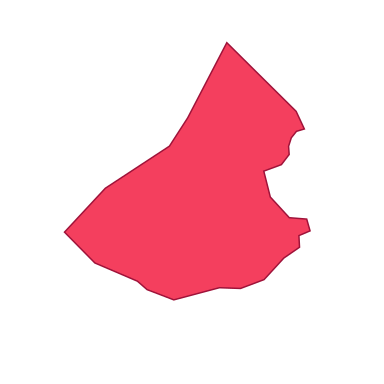 the border of Daejeon, rotated 60°
{"feature_id": "KOR-2503", "entity_name": "Daejeon", "entity_type": "Metropolitan City", "adm_level": 1, "iso_a3": "KOR", "parent_name": "South Korea", "parent_adm1": "", "projection": "natural_earth1", "projection_center": [127.381, 36.357], "detail": "fine", "context": "isolated", "style": "filled", "palette": "rose", "viewbox_px": 384, "rotation_deg": 60, "n_neighbors": 0, "source": "natural_earth", "source_scale": "10m", "svg_char_len": 509}
<svg xmlns="http://www.w3.org/2000/svg" viewBox="0 0 384 384"><g transform="rotate(60 192 192)"><path d="M163.0,322.5L145.4,265.1L141.0,188.6L125.6,158.6L80.1,87.2L119.0,76.6L174.2,61.5L193.6,63.2L191.7,71.2L194.7,78.9L200.7,85.5L208.1,89.1L213.0,100.9L209.8,119.4L235.5,126.7L262.9,120.6L272.8,106.2L284.7,109.2L283.2,121.2L293.6,126.5L295.1,145.4L303.9,173.4L299.8,198.2L288.6,216.1L276.3,261.7L254.1,279.7L241.9,283.9L204.9,311.6L163.0,322.5Z" fill="#f43f5e" stroke="#9f1239" stroke-width="1.5"/></g></svg>